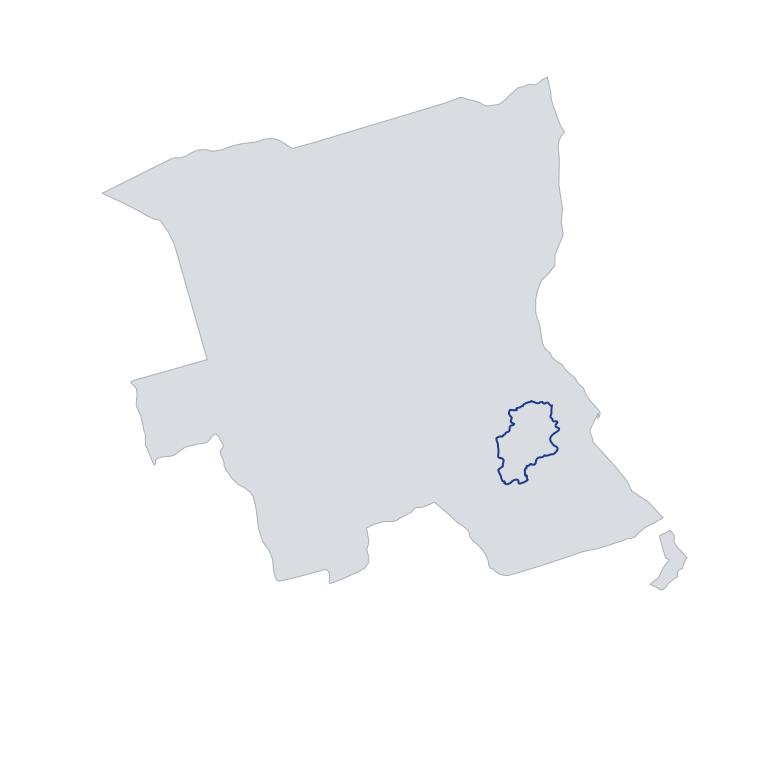 Cuanza Norte on a map of Angola (Albers equal-area conic projection), rotated 163°
{"feature_id": "AGO-1878", "entity_name": "Cuanza Norte", "entity_type": "Province", "adm_level": 1, "iso_a3": "AGO", "parent_name": "Angola", "parent_adm1": "", "projection": "albers", "projection_center": [14.948, -8.858], "detail": "fine", "context": "in_parent", "style": "outline", "palette": "blue", "viewbox_px": 768, "rotation_deg": 163, "n_neighbors": 0, "source": "natural_earth", "source_scale": "10m", "svg_char_len": 7405}
<svg xmlns="http://www.w3.org/2000/svg" viewBox="0 0 768 768"><g transform="rotate(163 384 384)"><path d="M627.5,373.7L628.2,379.0L628.9,386.5L629.4,391.9L630.0,394.3L630.2,395.6L629.4,396.9L628.8,400.1L627.6,402.9L626.9,404.9L627.3,408.6L626.2,419.3L625.9,424.6L627.2,434.1L626.9,437.1L623.4,445.7L622.4,450.1L622.2,452.4L625.5,458.9L625.2,460.2L622.6,460.5L620.4,460.6L545.9,459.0L543.8,569.9L543.7,579.3L545.8,591.8L549.9,605.5L551.6,606.8L556.0,609.3L562.0,614.6L565.3,618.5L572.1,625.3L581.2,634.0L597.7,648.8L541.4,658.3L519.9,661.8L518.0,661.7L514.8,660.2L507.9,659.7L499.8,661.6L493.4,662.1L488.7,661.1L484.1,659.2L479.6,656.5L471.7,655.5L460.6,656.0L449.8,655.4L439.5,653.5L432.1,652.7L427.7,653.1L422.9,652.4L417.8,650.9L413.6,648.3L408.5,642.8L404.5,637.6L403.5,636.9L402.2,636.1L401.0,635.9L378.8,635.4L243.6,634.8L227.9,635.7L226.7,635.5L224.8,634.9L223.5,633.7L219.0,630.8L215.1,628.6L209.9,624.9L206.5,620.8L203.6,619.5L198.6,618.8L194.7,618.1L191.6,617.9L186.2,619.9L182.1,621.8L179.2,623.7L174.1,625.8L169.8,628.0L162.4,627.7L160.7,628.1L156.6,628.0L152.7,626.1L148.7,626.3L144.3,628.7L138.0,629.7L139.3,614.4L140.8,607.6L140.8,599.5L139.7,578.5L138.6,575.6L137.8,572.2L141.7,569.6L143.7,567.6L146.4,564.1L148.3,559.2L150.4,548.4L158.5,523.4L162.2,499.0L167.1,487.4L168.9,474.4L182.7,457.6L186.1,447.3L193.2,442.2L203.4,436.8L210.6,427.2L214.1,420.6L218.1,407.8L218.0,394.5L220.5,376.8L219.9,371.7L216.1,364.6L215.3,359.6L211.8,354.6L208.0,350.9L206.2,344.2L199.6,333.7L197.7,326.6L194.5,321.6L194.0,315.4L192.3,308.8L189.1,302.3L185.9,294.8L185.9,292.5L187.8,289.7L189.7,288.7L189.0,290.1L187.8,291.8L188.1,293.1L200.4,280.0L201.2,277.4L200.7,274.5L200.7,271.0L201.1,267.0L189.4,242.9L180.0,220.5L178.3,209.2L165.9,194.3L161.0,184.7L158.2,177.9L156.1,175.3L156.9,174.0L160.1,173.7L167.1,172.0L176.8,170.3L185.7,166.3L188.0,164.5L192.8,164.1L197.6,165.2L199.4,164.4L200.4,164.3L211.7,164.3L216.4,164.0L225.2,164.1L230.7,164.4L233.8,164.8L242.3,165.5L252.9,165.3L256.6,165.0L270.5,164.7L296.5,164.3L310.1,164.4L320.5,164.5L325.2,165.9L329.5,168.6L331.4,171.0L332.4,172.1L333.6,174.7L336.0,176.7L336.8,179.9L336.1,184.2L336.4,189.3L337.8,195.3L340.6,201.6L344.9,208.3L346.7,213.5L346.1,217.4L347.5,221.5L350.6,225.9L353.0,228.2L354.3,229.9L357.9,236.6L369.6,255.2L371.4,256.1L374.0,255.8L379.5,255.1L384.9,254.9L388.8,256.6L390.3,256.3L396.2,253.2L402.0,252.3L408.1,251.1L411.3,249.8L415.0,249.8L424.9,252.5L426.7,252.6L434.8,252.7L442.8,251.4L444.1,240.7L444.2,238.6L446.2,234.7L448.7,231.2L449.1,227.9L449.0,223.3L450.8,217.8L456.3,213.5L465.0,211.5L470.0,211.2L477.8,210.1L489.7,209.0L494.1,209.2L494.5,209.9L491.8,217.5L491.8,220.0L492.6,222.5L494.6,223.9L518.3,224.6L541.0,225.8L542.3,226.2L543.3,226.8L544.6,230.6L544.2,238.0L541.8,248.7L542.5,258.8L546.1,268.3L546.2,282.7L542.8,302.1L541.9,314.4L543.6,319.6L547.2,325.0L552.8,330.7L557.0,338.1L559.9,347.1L560.9,352.7L560.1,355.0L560.0,359.1L560.9,364.8L559.7,368.6L556.6,370.4L555.5,372.9L557.0,377.9L557.3,382.4L559.3,385.4L560.8,385.6L564.0,384.0L567.8,381.1L570.8,379.9L575.0,380.2L581.0,381.1L591.5,381.7L594.7,381.2L604.6,377.4L607.2,377.2L611.0,377.6L616.5,379.0L622.0,379.3L624.7,378.2L625.0,376.5L625.9,374.4L627.5,373.7ZM188.0,114.3L187.4,114.9L182.9,116.8L178.1,118.5L171.8,125.4L168.6,128.4L167.6,129.2L164.8,130.8L162.7,132.2L162.8,133.0L164.2,133.9L165.6,135.4L165.5,146.7L165.0,157.7L164.2,158.7L160.2,159.1L154.9,159.9L153.2,160.4L152.6,159.3L150.8,155.3L151.7,151.4L152.8,148.5L151.5,142.7L148.8,137.5L145.9,130.9L145.0,129.6L147.4,127.5L151.0,122.8L152.5,120.4L156.7,119.8L158.3,118.1L159.4,115.4L159.8,113.8L164.6,112.5L170.3,110.1L173.5,107.6L176.7,106.0L178.7,105.9L180.1,106.6L183.8,110.9L187.0,113.6L188.0,114.3Z" fill="#d9dde1" stroke="#a8b0b8" stroke-width="1"/><path d="M283.4,249.0L284.2,250.0L284.1,250.9L283.8,251.9L283.9,252.9L284.7,253.7L286.1,254.0L287.6,254.0L288.7,253.9L289.6,253.7L291.3,252.7L292.2,252.3L294.0,252.1L295.0,252.1L295.8,252.2L296.1,252.3L297.0,253.1L297.6,253.7L297.8,253.9L297.7,254.0L297.1,254.4L297.1,255.1L297.5,255.8L298.4,255.9L299.1,256.6L299.3,258.6L299.3,260.4L299.2,262.3L299.6,264.4L299.8,266.7L299.9,267.4L299.9,268.2L299.2,268.9L295.1,270.3L294.3,270.7L294.1,271.4L294.1,271.9L293.8,272.7L292.3,275.0L291.8,276.4L292.1,277.2L292.7,278.2L293.5,278.8L295.3,279.6L295.9,280.4L296.0,281.2L295.8,282.2L294.9,284.0L293.7,287.8L293.1,291.5L292.7,293.0L292.6,293.7L292.6,294.9L292.8,296.1L292.6,298.9L292.2,299.3L291.9,299.4L291.3,299.7L289.7,299.9L288.1,299.9L287.7,299.8L287.0,299.4L286.6,299.2L286.0,299.3L285.5,299.6L285.0,300.0L284.5,300.3L284.2,300.4L283.5,300.4L283.1,300.5L282.8,300.7L282.2,301.4L281.8,301.7L280.9,301.9L279.2,302.0L278.3,302.2L277.3,303.3L276.8,305.0L276.1,306.5L274.6,307.1L272.8,307.0L272.2,307.0L271.7,307.2L271.3,307.9L273.4,309.8L273.8,311.4L272.8,312.7L271.7,314.2L271.8,314.9L272.7,316.7L273.0,317.8L273.1,319.2L272.8,320.3L272.2,321.1L271.2,322.3L270.8,322.1L270.3,322.1L269.9,322.0L266.6,320.6L265.4,320.4L265.0,320.2L264.7,320.2L264.6,320.6L264.8,321.5L264.6,321.8L264.1,322.1L260.9,321.9L259.4,322.3L259.2,322.3L258.7,322.6L258.3,322.5L257.9,322.4L257.4,322.4L257.2,322.7L256.9,323.3L256.6,323.6L256.3,323.7L252.0,324.4L251.6,324.3L250.8,324.2L249.3,324.1L249.0,324.1L248.7,324.3L248.5,324.5L248.2,324.7L247.9,324.5L247.2,323.8L246.9,323.6L245.9,323.0L245.5,322.7L244.4,321.6L243.8,321.2L243.0,320.8L242.2,320.6L241.2,320.5L239.9,320.9L239.6,320.9L239.3,320.8L237.9,320.5L237.7,320.3L237.5,319.3L237.4,319.1L236.5,318.4L236.1,318.3L235.6,318.5L234.6,318.6L233.6,318.6L233.0,318.4L232.3,317.6L231.4,315.2L230.3,314.2L229.8,314.2L231.5,310.3L232.4,307.1L232.9,306.2L234.2,304.6L234.5,303.9L234.5,303.5L233.8,302.5L233.2,301.5L233.3,300.8L233.5,300.0L233.2,299.2L232.5,298.6L230.4,298.0L229.4,297.4L229.4,296.6L229.9,296.0L230.8,295.6L231.6,294.9L232.1,293.8L232.2,293.1L232.1,292.6L231.8,292.3L230.4,291.3L229.8,290.7L229.6,290.1L229.9,289.3L231.2,288.2L235.9,286.9L237.6,286.2L239.0,285.4L239.9,284.7L240.6,283.8L241.1,283.0L241.4,282.1L241.4,281.1L241.3,280.2L239.9,276.2L238.9,275.0L237.8,274.0L237.2,273.1L236.9,272.4L236.9,272.1L237.0,270.8L238.5,269.4L240.3,268.2L241.6,267.6L242.2,267.5L243.3,267.5L243.8,267.6L244.6,267.8L244.9,267.9L246.6,267.7L247.0,267.7L247.5,267.8L248.5,267.8L250.4,268.1L250.6,268.2L250.8,268.3L251.0,268.7L251.3,268.9L251.5,268.9L252.0,268.4L253.1,268.0L254.3,267.8L254.8,267.8L255.8,268.1L257.1,268.4L257.6,268.4L258.3,268.3L259.4,267.9L259.5,267.8L259.8,267.6L259.9,267.4L260.6,266.7L261.1,266.2L261.3,265.8L261.8,264.5L262.0,264.1L262.4,263.8L262.9,263.3L263.3,263.1L263.6,263.0L263.8,263.0L264.0,263.0L264.4,263.2L264.6,263.3L264.9,263.3L265.2,263.3L265.6,263.5L266.0,263.6L266.1,263.8L266.4,264.1L266.5,264.2L266.7,264.4L267.0,264.5L267.4,264.5L267.7,264.5L268.0,264.4L268.9,263.8L269.3,263.7L269.6,263.6L270.4,263.6L270.6,263.7L271.1,263.9L271.4,263.9L271.5,263.8L271.7,263.6L271.8,262.9L271.9,262.7L272.0,262.4L272.3,262.1L272.6,262.0L272.9,262.0L273.1,262.0L273.3,261.8L273.3,261.6L273.6,261.1L273.9,261.1L274.1,261.1L274.3,260.8L274.5,260.2L274.8,259.7L275.0,259.1L275.1,257.8L275.3,256.8L275.6,256.4L275.8,256.1L275.8,255.8L275.8,255.5L275.5,255.0L275.3,254.8L275.1,254.6L274.9,254.7L274.5,254.8L274.3,254.8L274.2,254.6L274.2,254.1L274.5,253.2L274.8,252.5L274.9,252.3L275.0,251.8L274.6,250.5L275.6,249.8L278.2,249.2L282.6,249.0L283.4,249.0Z" fill="none" stroke="#1e3a8a" stroke-width="2"/></g></svg>